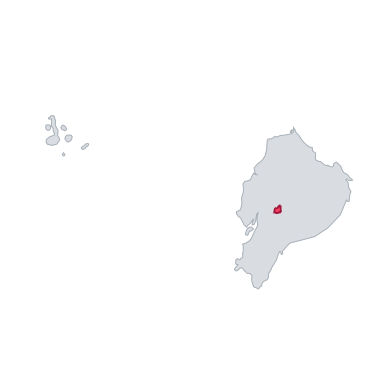 Colta, Chimborazo, Ecuador shown in context, rotated 11°
{"feature_id": "8360857B90964740580974", "entity_name": "Colta", "entity_type": "district", "adm_level": 2, "iso_a3": "ECU", "parent_name": "Ecuador", "parent_adm1": "Chimborazo", "projection": "equal_earth", "projection_center": [-78.852, -1.798], "detail": "fine", "context": "in_parent", "style": "filled", "palette": "rose", "viewbox_px": 384, "rotation_deg": 11, "n_neighbors": 0, "source": "geoboundaries", "source_scale": "gbopen_adm2", "svg_char_len": 5509}
<svg xmlns="http://www.w3.org/2000/svg" viewBox="0 0 384 384"><g transform="rotate(11 192 192)"><path d="M347.4,149.5L346.3,150.4L343.8,150.8L341.7,149.9L340.9,149.9L340.8,150.8L343.5,153.1L344.7,157.2L346.6,159.7L347.8,161.0L347.9,161.9L347.5,163.5L347.4,164.9L348.1,171.1L347.6,171.5L346.2,171.5L345.1,170.4L342.0,186.0L332.1,201.4L320.9,212.4L307.9,218.7L298.4,223.1L296.9,224.8L292.2,232.6L292.0,233.4L292.7,234.7L292.7,235.5L292.0,236.1L291.4,236.1L291.2,235.7L291.0,234.8L290.3,233.8L289.6,233.6L289.2,233.8L289.1,234.7L288.2,238.9L288.1,240.9L287.7,241.7L287.7,243.5L286.8,245.2L286.0,248.0L285.3,248.9L284.3,253.3L282.8,257.6L282.7,259.1L283.2,260.1L283.3,261.0L282.7,263.6L279.3,266.2L278.5,267.5L278.1,269.0L278.3,270.2L278.3,271.2L277.2,271.6L276.1,274.0L275.3,274.6L273.2,273.7L271.6,273.7L270.4,273.0L268.1,268.8L267.2,266.4L266.9,263.0L264.6,260.9L261.6,261.4L260.7,260.6L258.4,259.2L256.5,257.6L255.1,256.8L254.0,257.2L252.1,259.9L250.4,261.1L249.7,261.0L248.6,260.2L248.4,259.3L251.0,254.6L249.1,254.5L248.4,253.5L248.3,252.3L248.0,251.0L248.4,249.5L249.4,248.7L250.9,249.3L251.9,249.4L252.6,247.9L254.0,246.8L254.3,246.1L253.6,243.8L253.4,242.5L253.6,241.8L253.5,239.3L253.1,238.4L253.0,237.0L252.7,236.2L252.5,234.5L251.5,233.6L254.7,231.9L255.8,230.6L257.2,229.5L258.4,227.7L259.2,225.9L261.1,217.9L262.8,212.8L262.5,210.4L261.1,207.1L260.7,202.3L260.9,200.8L260.7,199.7L259.7,201.7L260.0,208.8L259.1,212.0L257.9,212.8L257.1,212.3L257.6,207.1L256.7,208.0L255.3,211.5L253.0,214.2L252.8,215.0L252.3,216.1L250.5,215.1L249.1,214.0L244.7,208.2L241.7,206.9L240.0,204.9L239.6,204.0L239.4,202.8L241.2,201.6L243.0,200.0L243.2,196.3L243.2,193.5L241.8,188.6L242.4,182.2L242.1,179.7L240.5,174.4L241.7,171.7L245.8,169.8L247.1,168.5L248.1,164.3L249.0,161.7L250.9,162.8L252.3,162.6L250.4,161.7L248.8,157.9L248.5,156.2L251.6,151.0L253.2,149.6L255.1,146.9L256.8,142.7L257.2,136.2L256.5,131.5L256.0,126.6L257.0,125.3L259.5,124.7L261.6,123.1L262.6,121.6L265.0,121.8L267.9,119.6L272.4,118.4L278.6,115.8L280.0,113.5L279.4,109.4L281.7,111.9L282.8,113.8L286.0,116.0L289.8,119.9L292.3,121.9L295.0,123.7L299.0,125.6L301.4,125.2L302.4,128.2L303.3,129.1L305.6,130.0L305.9,130.4L306.7,135.8L307.2,136.6L309.2,137.5L311.6,137.8L312.6,137.6L314.7,139.1L318.0,140.4L319.2,140.5L319.7,140.3L319.9,139.8L320.9,139.9L322.3,140.6L324.4,140.7L325.7,140.0L325.9,137.0L326.4,136.3L327.9,135.2L328.6,135.5L332.5,137.9L333.3,138.7L334.3,140.4L336.1,142.9L338.0,144.4L341.1,145.1L344.0,147.7L347.4,149.5ZM43.2,146.1L44.4,147.7L45.0,152.4L48.8,157.4L49.3,160.2L49.0,161.5L49.2,162.0L51.0,163.9L52.2,166.0L50.2,170.8L45.9,172.9L41.3,172.8L40.4,172.3L39.2,170.4L39.0,168.8L39.7,167.2L42.0,164.8L45.6,162.7L46.1,161.1L44.6,159.5L43.6,156.3L41.4,154.1L40.2,147.3L39.5,147.0L37.9,147.9L37.1,147.1L37.0,146.7L38.7,145.1L39.0,144.0L41.5,143.5L42.6,144.4L43.2,146.1ZM61.0,166.5L60.0,166.6L57.1,164.1L57.3,161.6L58.5,160.0L62.3,159.2L63.9,160.7L63.7,163.6L62.4,165.7L61.4,166.1L61.0,166.5ZM255.2,222.9L254.8,223.9L253.0,223.8L252.5,223.5L252.9,218.8L253.4,217.3L254.9,215.8L256.2,215.1L257.7,215.3L259.4,216.6L257.4,219.0L255.9,219.7L255.2,222.9ZM40.3,158.5L38.4,159.0L36.8,158.1L36.1,156.7L35.9,154.7L36.1,154.0L39.6,153.3L40.8,155.0L40.8,157.5L40.3,158.5ZM78.5,170.1L76.2,171.1L75.0,170.1L74.9,169.5L76.1,167.9L77.3,167.1L78.4,165.2L80.4,164.2L81.0,164.4L81.3,164.8L81.5,165.4L80.8,166.9L79.6,167.9L78.5,170.1ZM56.5,155.3L55.6,156.1L52.0,155.2L50.9,153.7L51.8,151.7L52.6,150.8L54.7,151.6L56.9,153.9L56.5,155.3ZM59.4,181.1L58.6,181.1L57.5,180.0L58.3,178.0L59.8,179.1L60.2,179.9L59.4,181.1ZM278.4,114.6L277.4,114.8L276.9,113.6L278.2,112.1L278.6,111.9L278.4,114.6Z" fill="#d9dde1" stroke="#a8b0b8" stroke-width="1"/><path d="M276.6,196.3L276.7,196.2L276.8,196.1L276.8,195.9L277.0,195.9L277.3,195.9L277.3,196.0L277.4,196.3L277.5,196.4L277.8,196.4L278.0,196.3L278.1,196.5L278.3,196.6L278.5,196.7L278.7,196.4L278.8,196.4L278.9,196.5L279.0,196.5L279.1,196.4L279.3,196.2L279.5,196.4L279.5,196.5L279.7,196.4L279.8,196.3L279.9,196.5L280.0,196.5L280.3,196.4L280.5,196.2L280.8,196.0L281.0,195.9L281.1,195.7L281.3,195.6L281.5,195.6L281.7,195.4L281.8,195.3L282.0,195.4L282.0,195.5L282.0,195.8L282.0,196.0L282.1,195.8L282.2,195.6L282.2,195.4L282.3,195.4L282.3,195.2L282.4,194.9L282.5,194.8L282.4,194.7L282.5,194.7L282.5,194.4L282.7,194.2L282.8,194.2L283.1,194.1L283.0,193.9L283.0,193.7L283.0,193.8L282.9,193.8L282.9,193.7L282.7,193.7L282.6,193.4L282.7,193.2L282.6,192.9L282.6,192.7L282.6,192.4L282.5,192.2L282.4,192.1L282.3,191.9L282.3,191.7L282.3,191.4L282.2,191.4L281.9,191.2L281.8,190.9L281.7,190.6L281.8,190.6L281.8,190.4L281.8,190.1L281.8,189.9L282.0,189.9L282.0,189.7L282.1,189.4L282.0,189.2L281.9,189.2L281.9,189.3L281.8,189.2L281.7,189.2L281.4,189.1L281.4,189.3L281.3,189.2L281.3,189.3L281.2,189.3L281.1,189.5L280.9,189.6L280.7,189.4L280.7,189.2L280.6,189.3L280.4,189.2L280.4,189.3L280.2,189.3L280.2,189.1L280.2,188.9L280.1,189.0L279.8,189.3L279.7,189.4L279.6,189.5L279.4,189.6L279.3,189.8L279.4,190.1L279.3,190.3L279.2,190.6L279.3,190.7L279.2,190.8L279.1,191.0L279.0,191.3L278.9,191.5L278.7,191.6L278.5,191.8L278.4,191.9L278.2,191.9L277.9,191.8L277.7,191.7L277.4,191.7L277.2,191.7L277.0,191.8L276.9,191.9L276.8,192.0L276.7,192.1L276.5,192.3L276.5,192.5L276.5,192.8L276.6,193.0L276.5,193.3L276.5,193.5L276.5,193.8L276.4,193.9L276.4,194.0L276.3,194.3L276.3,194.5L276.4,194.8L276.5,194.9L276.4,195.1L276.5,195.2L276.5,195.4L276.5,195.5L276.6,195.8L276.6,196.0L276.6,196.3L276.6,196.3Z" fill="#f43f5e" stroke="#9f1239" stroke-width="1.5"/></g></svg>